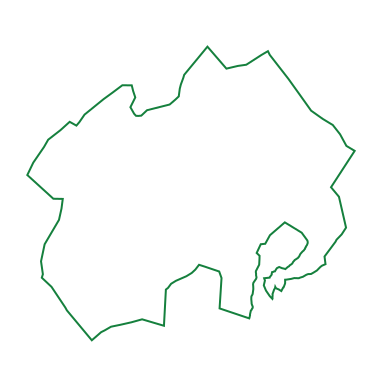 Ijero, Ekiti, Nigeria (Mercator projection), rotated 88°
{"feature_id": "59680162B51712615582520", "entity_name": "Ijero", "entity_type": "district", "adm_level": 2, "iso_a3": "NGA", "parent_name": "Nigeria", "parent_adm1": "Ekiti", "projection": "mercator", "projection_center": [5.082, 7.845], "detail": "fine", "context": "isolated", "style": "outline", "palette": "green", "viewbox_px": 384, "rotation_deg": 88, "n_neighbors": 0, "source": "geoboundaries", "source_scale": "gbopen_adm2", "svg_char_len": 2828}
<svg xmlns="http://www.w3.org/2000/svg" viewBox="0 0 384 384"><g transform="rotate(88 192 192)"><path d="M53.9,111.2L57.4,117.7L66.7,133.3L67.6,141.7L69.9,153.3L47.3,171.5L74.6,195.7L77.6,196.7L84.2,199.4L88.3,200.6L96.0,201.9L99.0,205.3L103.8,211.3L108.7,234.1L113.9,240.0L114.1,243.0L113.9,245.3L111.8,247.1L105.1,250.6L95.5,245.4L89.0,247.3L83.3,248.5L82.9,257.9L89.8,267.8L96.1,277.1L110.9,296.7L118.2,302.1L121.6,305.2L117.6,311.8L125.6,321.3L134.7,333.9L141.8,338.3L157.1,349.6L169.3,356.0L193.9,330.8L194.4,321.4L204.0,323.0L215.2,325.9L239.1,341.1L256.0,345.3L269.0,343.9L272.4,345.1L281.9,335.7L303.1,322.6L305.9,321.2L336.7,297.3L328.9,287.7L327.3,284.2L323.8,277.6L322.2,268.2L320.1,257.1L317.5,246.3L324.7,224.7L288.6,221.5L287.0,219.3L283.0,216.1L280.2,211.2L276.0,200.6L272.9,195.1L269.7,191.4L265.0,187.5L267.4,180.8L267.5,180.6L272.4,167.6L279.0,165.5L309.3,168.5L309.5,168.0L320.3,139.2L319.5,138.9L318.6,138.7L317.9,138.5L317.5,138.4L317.3,138.3L316.7,138.3L316.2,138.3L315.6,138.1L314.0,137.7L313.5,137.5L312.8,137.4L312.5,137.3L311.9,136.6L311.3,136.3L310.8,136.1L309.9,135.4L308.8,135.3L308.1,135.5L307.1,135.9L306.1,136.2L305.6,136.3L304.7,136.3L302.6,136.4L301.4,136.5L299.7,136.4L298.6,136.3L297.9,136.0L296.5,135.1L295.3,134.8L294.0,134.6L292.4,134.3L291.1,134.1L290.3,134.1L288.3,134.1L286.5,134.2L285.1,133.9L284.7,133.7L280.9,130.9L279.5,130.5L277.4,130.9L276.0,130.8L274.4,131.0L273.3,130.9L267.0,127.4L261.4,126.9L258.1,126.7L255.2,129.5L246.6,125.1L246.3,120.6L246.1,120.5L237.9,115.6L225.6,100.3L236.5,83.8L244.5,78.4L245.4,78.2L246.1,78.1L247.2,78.2L249.1,79.0L250.0,79.7L250.6,80.1L251.3,80.3L251.5,80.6L251.8,80.7L252.3,81.0L252.7,81.0L253.3,81.6L254.3,82.3L255.3,83.6L257.5,85.7L258.3,86.2L260.4,87.3L261.0,88.0L261.5,88.3L262.0,89.1L263.0,90.7L263.6,91.8L264.1,92.1L265.3,93.3L267.0,94.3L267.9,95.5L268.7,96.9L269.6,97.6L270.2,98.8L272.3,101.4L271.9,102.3L271.3,104.6L270.0,107.5L271.0,109.7L272.1,110.6L274.2,111.9L274.3,113.0L274.8,113.9L274.8,114.7L275.4,114.9L276.3,115.2L277.2,115.2L277.7,115.5L278.3,116.0L279.7,117.2L280.3,117.4L280.5,120.4L280.7,122.9L283.0,122.2L287.8,123.5L293.1,121.5L298.8,117.9L301.6,115.4L301.1,115.2L300.1,115.3L299.5,115.2L297.6,115.0L296.8,115.1L296.1,114.8L294.1,114.0L292.7,113.5L291.0,112.4L289.7,112.1L290.8,111.6L291.5,110.7L292.4,108.7L294.1,106.2L290.6,104.2L290.6,103.9L290.1,103.6L287.0,102.3L286.3,102.1L282.9,102.0L282.9,100.9L282.3,95.9L281.6,92.8L281.9,88.3L281.3,86.8L280.6,84.1L278.7,80.6L278.1,78.8L278.1,75.9L276.8,73.4L274.8,69.9L272.4,67.4L271.2,66.1L270.1,64.5L268.8,61.1L261.1,61.8L246.7,50.3L244.7,49.2L239.6,43.9L233.0,39.3L201.9,45.3L192.1,52.9L156.6,28.0L151.3,36.1L139.5,42.0L129.9,49.0L128.7,50.9L123.5,58.8L114.9,70.1L97.8,81.4L92.4,85.0L82.3,91.7L57.7,109.5L53.9,111.2Z" fill="none" stroke="#15803d" stroke-width="2"/></g></svg>